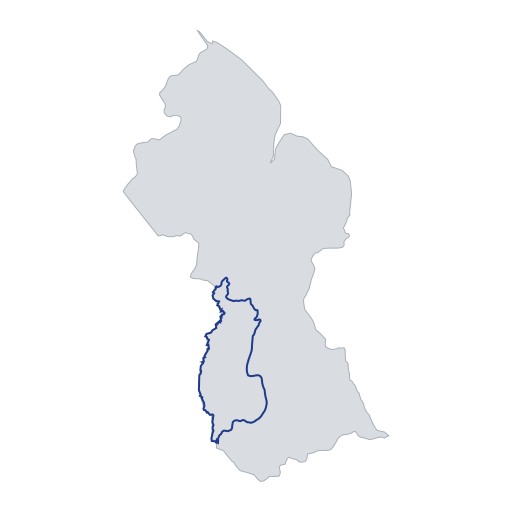 IX-1 Rupununi West, Upper Takutu-Upper Essequibo, Guyana (highlighted)
{"feature_id": "73187651B14852666038275", "entity_name": "IX-1 Rupununi West", "entity_type": "district", "adm_level": 2, "iso_a3": "GUY", "parent_name": "Guyana", "parent_adm1": "Upper Takutu-Upper Essequibo", "projection": "robinson", "projection_center": [-59.236, 3.169], "detail": "fine", "context": "in_parent", "style": "outline", "palette": "blue", "viewbox_px": 512, "rotation_deg": 0, "n_neighbors": 0, "source": "geoboundaries", "source_scale": "gbopen_adm2", "svg_char_len": 9593}
<svg xmlns="http://www.w3.org/2000/svg" viewBox="0 0 512 512"><path d="M158.3,236.0L146.8,221.5L135.3,207.0L124.0,192.7L123.2,190.8L128.0,184.0L132.2,179.1L135.8,176.3L137.4,173.9L136.2,163.4L136.2,159.7L134.6,155.6L133.4,151.0L134.8,147.1L136.5,144.4L138.7,143.4L144.0,142.5L147.8,142.1L149.1,140.6L151.3,138.8L154.1,138.7L159.7,139.9L162.2,137.6L166.8,134.5L177.1,129.1L179.4,125.5L181.1,120.1L180.9,117.5L179.8,116.5L177.3,115.6L173.3,115.5L170.2,116.9L167.0,116.1L164.2,112.8L164.1,110.0L165.7,106.0L164.8,103.4L159.6,95.1L159.7,92.9L163.4,89.1L165.5,86.0L168.4,78.4L170.7,75.9L177.9,75.0L179.7,73.4L183.4,69.3L188.9,64.8L196.7,61.1L199.0,54.5L200.4,52.7L206.6,49.2L207.7,47.3L207.6,45.6L197.5,30.7L199.5,31.7L207.3,41.5L211.6,43.6L212.5,43.6L212.6,41.1L216.5,42.2L226.7,48.8L241.6,59.8L262.6,80.6L268.6,88.5L272.6,92.2L278.9,101.3L280.7,105.7L280.5,123.4L275.0,135.3L273.7,144.3L273.4,156.2L270.1,163.1L274.4,159.4L275.7,148.6L279.4,142.0L284.1,134.8L290.4,133.1L297.2,136.2L302.6,136.7L307.4,138.8L317.7,150.3L327.7,159.4L331.4,166.7L342.0,170.3L348.3,176.1L350.3,181.1L351.6,194.1L349.5,213.7L350.1,214.7L347.2,218.6L346.7,221.1L344.8,225.4L343.4,227.8L345.5,233.2L347.9,233.5L348.8,234.2L349.4,235.2L349.3,236.4L348.4,237.4L346.1,238.7L343.9,241.9L344.1,245.3L342.8,247.1L338.4,248.1L329.8,248.1L325.6,248.3L322.2,248.9L320.0,251.1L317.2,252.7L315.0,253.1L313.0,255.7L311.1,259.4L311.7,261.9L313.7,265.3L314.9,268.7L313.4,274.3L311.7,278.6L310.7,281.9L309.3,288.2L306.0,295.2L303.6,299.1L303.7,303.4L304.8,309.5L311.6,318.5L313.8,322.7L315.7,329.5L321.7,334.9L325.6,339.3L325.2,345.0L325.7,346.8L328.1,348.2L331.0,349.4L334.2,349.3L337.0,348.8L337.7,348.0L344.3,347.9L345.0,349.3L345.4,357.6L345.7,360.9L347.3,362.3L348.2,364.3L348.2,366.2L348.6,370.8L349.5,373.2L349.4,378.2L350.1,380.0L351.9,381.2L354.2,384.7L355.0,385.2L355.5,386.4L357.5,391.5L358.5,393.0L359.2,393.2L359.5,395.0L360.9,399.7L361.9,400.8L363.7,404.3L364.5,408.1L366.9,412.3L369.4,415.3L370.5,418.4L373.7,425.3L376.8,430.1L380.9,431.3L384.4,432.0L386.6,433.8L388.8,435.8L386.5,436.8L384.4,438.0L381.5,437.0L377.6,437.6L373.4,438.9L369.6,439.6L362.4,437.4L360.2,437.1L358.7,436.2L355.7,431.9L354.3,431.4L350.5,433.4L345.8,434.8L343.6,434.5L340.9,436.0L338.4,437.9L333.7,446.2L331.2,449.1L328.6,450.4L323.3,450.4L317.7,450.7L313.5,452.7L309.5,453.7L307.6,453.9L306.9,458.4L306.0,460.5L304.8,461.7L301.7,462.1L298.9,461.9L297.3,460.0L294.2,459.1L291.4,458.4L289.6,457.3L288.2,457.6L287.0,459.5L286.0,461.1L285.2,464.1L281.0,465.0L279.2,466.7L280.3,472.3L279.8,474.5L278.9,476.2L273.9,476.5L269.6,476.4L267.1,478.4L264.0,480.8L262.1,481.3L259.9,481.1L257.0,478.4L254.2,474.9L247.1,472.5L240.0,470.6L235.3,465.1L234.2,462.5L232.0,461.3L226.5,454.8L223.5,450.7L220.2,449.6L216.4,447.9L216.6,444.9L216.3,442.0L214.7,440.8L212.4,440.0L211.6,438.4L211.8,434.6L212.2,424.8L211.6,415.5L206.5,412.2L204.3,410.0L200.5,396.2L198.7,390.0L198.6,385.4L199.9,371.6L201.3,365.6L205.2,353.6L207.5,349.6L207.6,346.5L207.4,342.6L206.3,335.0L212.9,330.1L215.7,328.1L216.2,324.8L219.8,320.7L221.4,316.8L222.7,313.7L222.3,312.1L220.8,311.2L218.9,308.2L215.1,299.8L213.7,298.1L212.5,295.8L213.1,292.0L214.6,288.0L214.4,286.3L212.1,284.1L207.4,280.5L203.5,280.2L200.4,278.9L196.0,278.7L192.4,278.3L190.3,277.0L190.8,274.7L191.7,273.0L194.7,268.8L196.7,264.3L196.9,259.8L197.6,254.0L198.4,249.0L198.9,243.3L194.2,239.5L192.7,236.4L190.7,233.7L188.6,233.7L185.3,232.5L180.3,236.1L176.3,235.5L173.5,236.8L167.2,236.5L163.2,234.8L158.3,236.0Z" fill="#d9dde1" stroke="#a8b0b8" stroke-width="1"/><path d="M226.2,277.7L225.7,278.0L225.1,278.4L224.7,278.6L224.3,279.1L224.0,279.5L223.6,279.8L223.1,280.3L222.6,280.6L222.2,281.2L221.9,281.6L221.7,282.2L221.5,282.8L221.4,283.3L221.5,283.8L221.4,284.4L221.2,284.9L220.6,285.7L220.2,286.1L219.7,286.3L219.2,286.5L218.8,286.7L217.8,287.0L216.3,286.3L216.0,286.6L215.8,288.8L212.9,292.2L214.2,293.2L212.6,295.3L213.2,298.5L215.7,300.7L219.1,301.5L217.3,305.3L219.2,306.3L220.6,310.0L221.4,309.5L220.8,311.6L222.9,310.9L224.6,313.1L223.9,314.3L221.9,314.6L221.7,316.4L221.2,315.7L220.4,316.5L221.1,320.9L220.1,321.0L220.2,322.2L219.3,321.7L218.4,322.9L218.5,322.0L215.7,324.4L216.3,327.9L212.2,330.5L211.1,332.6L206.5,333.9L205.3,336.4L206.8,337.0L207.1,338.5L209.0,339.9L206.9,344.9L208.4,344.7L209.0,348.8L207.4,349.3L207.7,350.6L204.4,356.1L205.1,357.3L203.3,358.1L203.8,361.5L202.6,361.9L203.3,362.1L202.7,362.9L203.3,364.1L202.6,363.6L200.8,366.0L200.4,370.0L201.2,371.0L200.6,373.8L199.3,375.2L198.9,390.1L200.7,394.9L199.9,395.9L202.3,397.3L201.8,398.4L204.0,402.7L204.4,406.2L203.4,408.4L204.0,410.0L205.4,410.2L206.9,412.6L207.7,412.1L210.0,414.9L212.5,414.4L213.4,415.3L212.4,422.3L213.5,425.2L212.7,426.7L212.7,429.2L213.5,430.6L212.8,432.3L211.4,438.4L211.8,441.0L215.0,441.3L215.8,442.2L216.6,440.2L217.3,441.9L217.0,443.6L217.7,441.6L217.9,442.3L218.0,442.4L218.0,441.9L218.1,441.3L218.1,440.6L218.1,440.0L218.0,439.5L218.1,438.9L218.2,438.4L218.4,437.8L218.6,437.3L218.9,436.6L219.1,436.0L219.4,435.4L219.7,435.0L220.3,434.7L220.8,434.3L221.3,433.7L221.5,433.2L221.7,432.6L221.9,432.1L222.3,431.7L222.8,431.3L223.9,430.6L224.5,430.6L225.1,430.8L226.2,430.9L226.7,431.0L227.3,431.1L227.9,431.2L228.6,430.9L229.1,430.7L229.5,430.4L230.0,430.3L230.5,430.1L231.0,429.9L231.3,429.5L231.7,428.9L231.9,428.4L232.0,427.8L232.2,426.8L232.2,426.1L232.2,425.6L232.3,425.0L232.5,424.5L232.6,423.1L232.7,422.6L233.0,422.1L233.3,421.6L233.7,421.3L234.1,420.9L234.5,420.7L235.0,420.5L235.5,420.3L235.9,420.3L236.5,420.3L237.0,420.3L237.6,420.4L238.2,420.6L238.8,420.8L239.4,421.0L239.9,421.1L240.5,421.1L241.0,420.9L241.4,420.7L241.9,420.4L242.4,420.2L242.9,420.0L243.6,420.1L244.0,420.3L244.5,420.4L245.0,420.7L245.4,421.1L245.9,421.5L246.5,421.8L247.1,422.0L247.6,422.3L248.1,422.2L248.6,422.3L249.2,422.4L249.8,422.6L250.3,422.7L250.9,422.8L251.5,422.7L252.0,422.4L252.5,422.3L253.2,422.1L253.7,421.9L254.1,421.6L254.6,421.4L255.0,421.1L255.4,420.8L255.8,420.4L256.8,419.8L257.7,419.3L258.2,419.0L258.6,418.7L259.0,418.4L259.4,418.0L259.8,417.7L260.2,417.2L260.7,416.7L261.1,416.3L261.4,415.8L261.7,415.2L262.1,414.7L262.5,414.1L262.8,413.6L263.1,413.0L263.5,412.6L263.8,412.0L264.3,411.4L264.6,410.9L264.9,410.2L265.1,409.7L265.4,409.1L265.6,408.5L265.8,407.8L266.0,407.2L266.1,406.7L266.2,406.0L266.3,405.4L266.5,404.7L266.6,404.2L266.7,403.7L266.7,403.1L266.7,402.5L266.6,401.8L266.6,401.2L266.5,400.6L266.3,399.8L266.2,399.3L266.1,398.8L265.9,398.3L265.6,396.9L265.4,396.2L265.3,395.5L265.2,395.0L265.2,394.4L265.0,393.3L264.9,392.8L264.8,392.2L264.7,391.5L264.7,390.9L264.7,390.2L264.5,389.6L264.2,389.1L263.9,388.5L263.7,388.0L263.5,387.5L263.3,386.9L263.1,386.4L262.9,385.7L262.5,384.3L262.4,383.7L262.2,383.1L262.2,382.5L262.1,381.9L262.1,381.3L261.9,380.0L261.8,379.4L261.8,378.8L261.6,378.2L261.4,377.7L261.0,377.1L260.6,376.5L260.0,376.0L259.5,375.7L258.9,375.4L258.4,375.3L257.9,375.3L257.4,375.2L256.9,375.3L256.3,375.3L255.8,375.4L255.3,375.5L254.8,375.6L254.2,375.8L253.7,375.8L253.2,375.9L252.6,376.0L252.0,376.1L251.1,376.1L250.5,376.0L249.9,376.0L249.4,375.8L248.9,375.6L248.3,375.5L247.9,375.0L247.8,374.4L247.6,373.9L247.4,373.4L247.2,372.7L247.1,372.1L246.9,371.5L246.9,370.8L246.8,370.1L246.8,369.5L246.8,368.7L246.8,368.0L246.9,367.3L246.9,366.4L247.0,365.6L247.2,364.7L247.4,363.9L247.5,363.4L247.8,362.5L248.0,361.8L248.1,361.2L248.4,360.4L248.6,359.5L248.8,359.0L249.1,358.3L249.3,357.8L249.5,357.0L249.7,356.3L250.0,355.6L250.3,354.8L250.6,353.9L250.8,353.3L250.9,352.8L251.1,352.2L251.4,351.4L251.6,350.8L251.7,350.0L251.8,349.2L251.9,348.5L252.0,347.9L252.0,347.3L251.9,346.5L251.9,345.8L252.1,344.7L252.1,344.1L252.8,336.0L253.1,335.5L253.6,335.0L253.9,334.7L254.2,334.2L254.4,333.5L254.7,332.2L255.0,331.6L255.2,330.6L255.4,329.9L255.6,329.4L255.9,329.0L256.4,328.5L256.6,328.1L256.9,327.6L257.6,326.5L258.1,326.1L258.4,325.7L258.6,325.3L258.8,324.6L258.9,324.0L259.1,323.5L259.3,322.9L259.6,322.4L260.0,321.9L260.3,321.4L260.6,320.9L260.5,320.3L260.3,319.9L259.9,319.5L259.3,319.5L258.8,319.4L258.4,319.7L257.9,320.1L257.5,320.2L257.0,320.0L256.4,320.1L255.9,320.2L255.4,320.1L254.9,320.0L254.5,319.5L254.7,318.9L255.0,318.4L255.4,318.1L255.8,317.8L256.2,317.6L256.6,317.0L257.0,316.1L257.1,315.6L257.4,315.0L257.6,314.2L257.7,313.3L257.7,312.7L257.7,312.2L257.6,311.5L257.5,310.9L257.4,310.2L256.9,310.1L256.4,310.2L255.8,310.2L255.3,309.8L254.8,309.4L254.4,309.0L254.1,308.5L253.9,308.1L253.1,306.8L252.8,306.1L252.5,305.6L252.2,305.2L251.6,304.8L251.2,304.4L250.9,303.8L250.7,303.2L250.7,302.5L250.6,301.8L250.6,301.2L250.5,300.5L250.5,300.0L250.4,299.3L250.1,298.8L249.5,298.5L249.0,298.7L248.5,298.8L248.0,298.9L247.6,299.1L247.1,299.3L246.6,299.6L246.2,299.9L245.8,300.3L245.4,300.5L244.7,300.7L244.1,300.7L243.5,300.6L243.1,300.5L242.1,300.2L241.5,300.3L241.1,300.3L240.5,300.5L240.1,300.6L239.6,300.8L239.0,300.9L238.5,300.9L237.2,300.8L236.5,300.7L236.0,300.7L235.0,300.8L234.3,300.9L233.8,301.1L233.3,301.0L232.7,300.8L232.2,300.7L231.8,300.4L231.2,300.3L230.2,300.0L229.8,299.8L229.2,299.6L228.8,299.4L228.2,299.1L227.2,298.4L226.7,298.0L226.4,297.5L226.1,297.0L226.2,296.3L226.5,295.8L226.8,295.3L227.3,294.8L227.7,294.3L228.0,293.8L228.1,293.2L228.0,292.5L227.9,291.9L227.6,291.4L227.6,290.7L227.8,290.1L227.8,289.5L227.6,288.6L227.3,288.1L227.1,287.4L227.0,286.9L227.3,286.4L227.6,286.0L228.0,285.5L228.4,285.2L228.7,284.8L229.1,284.3L229.3,283.7L229.0,283.2L228.6,282.6L228.2,282.3L227.7,282.1L227.2,281.8L227.0,281.4L227.0,280.6L227.3,280.0L227.4,279.4L227.3,278.9L227.1,278.4L226.7,278.0L226.2,277.7Z" fill="none" stroke="#1e3a8a" stroke-width="2"/></svg>